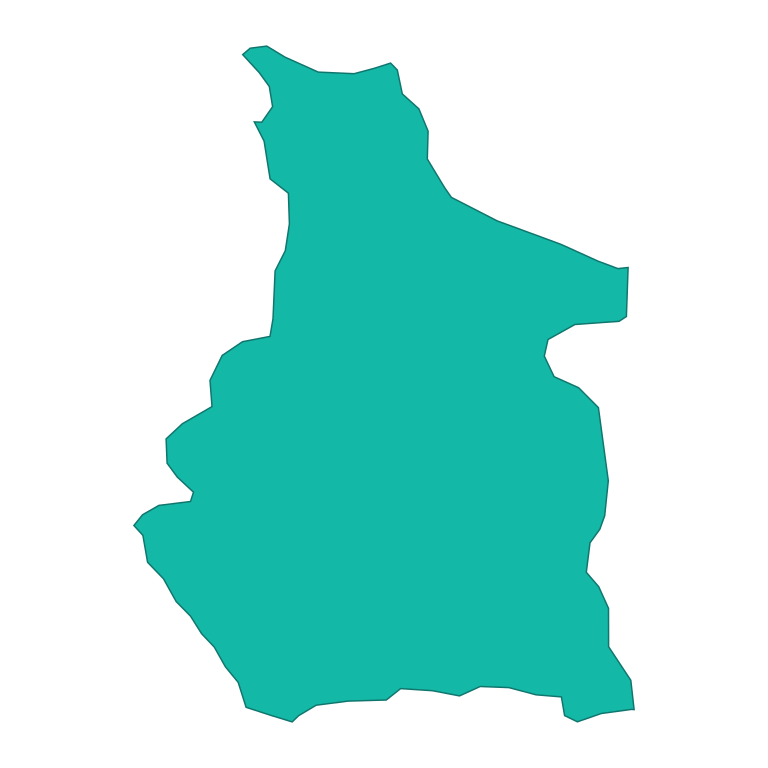 the district of Filipstad, Värmland, Sweden
{"feature_id": "70781695B88737594548437", "entity_name": "Filipstad", "entity_type": "district", "adm_level": 2, "iso_a3": "SWE", "parent_name": "Sweden", "parent_adm1": "Värmland", "projection": "natural_earth1", "projection_center": [14.17, 59.924], "detail": "fine", "context": "isolated", "style": "filled", "palette": "teal", "viewbox_px": 768, "rotation_deg": 0, "n_neighbors": 0, "source": "geoboundaries", "source_scale": "gbopen_adm2", "svg_char_len": 1258}
<svg xmlns="http://www.w3.org/2000/svg" viewBox="0 0 768 768"><path d="M254.3,121.9L264.1,141.1L270.1,178.9L288.4,193.2L289.4,223.9L285.3,250.7L275.1,270.9L273.0,318.7L270.0,336.4L242.5,341.7L222.2,355.4L210.0,380.4L212.0,406.6L182.4,423.7L166.1,438.9L167.1,463.2L177.3,477.1L193.5,492.2L190.5,501.5L158.9,505.4L142.6,514.7L133.9,525.5L142.9,535.4L147.6,562.3L163.5,578.8L176.2,601.6L190.5,616.1L201.6,633.7L214.3,647.1L225.4,666.8L238.2,682.4L246.1,707.3L271.6,715.6L292.2,721.9L298.7,715.6L316.2,705.2L348.0,701.1L386.3,700.0L400.6,688.6L432.4,690.7L459.5,695.9L480.2,686.5L508.9,687.6L536.0,694.8L561.4,696.9L564.6,715.6L577.4,721.8L601.3,713.5L631.5,709.4L634.1,709.6L630.8,680.3L608.6,646.7L608.5,608.3L598.7,586.7L586.3,572.3L590.0,542.8L599.8,529.3L604.7,515.7L608.3,480.7L598.4,407.6L578.7,387.8L554.1,376.7L544.3,356.1L548.0,339.5L574.9,324.5L619.1,321.3L626.4,316.5L628.1,267.5L617.9,268.6L597.9,261.1L561.3,244.5L528.0,232.2L497.2,220.9L451.4,197.4L444.7,187.8L427.3,159.0L428.1,131.2L418.9,108.9L402.3,93.9L397.3,70.0L390.6,63.1L389.9,63.3L374.0,68.4L354.1,73.7L318.3,72.1L285.1,57.2L266.8,46.1L250.2,48.2L242.9,54.4L242.7,54.6L259.3,72.7L269.3,86.5L272.6,106.7L261.8,122.2L254.3,121.9Z" fill="#14b8a6" stroke="#0f766e" stroke-width="1.5"/></svg>